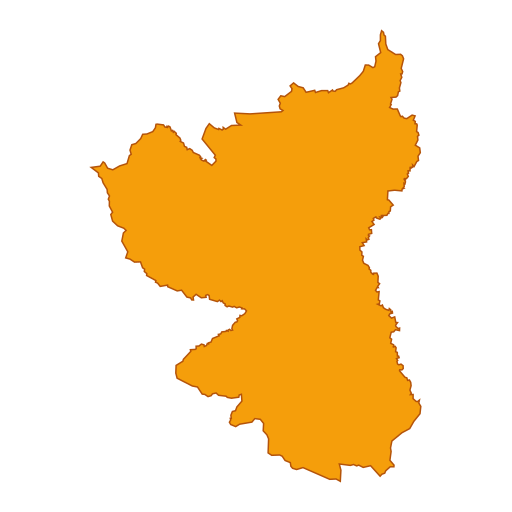 outline of Wang Chan, Rayong, Thailand
{"feature_id": "78962969B3621953586830", "entity_name": "Wang Chan", "entity_type": "district", "adm_level": 2, "iso_a3": "THA", "parent_name": "Thailand", "parent_adm1": "Rayong", "projection": "albers", "projection_center": [101.511, 12.97], "detail": "fine", "context": "isolated", "style": "filled", "palette": "amber", "viewbox_px": 512, "rotation_deg": 0, "n_neighbors": 0, "source": "geoboundaries", "source_scale": "gbopen_adm2", "svg_char_len": 6069}
<svg xmlns="http://www.w3.org/2000/svg" viewBox="0 0 512 512"><path d="M229.4,422.2L230.7,424.5L235.7,426.6L239.6,424.2L251.9,422.1L254.8,418.6L260.3,419.3L263.6,423.4L263.2,430.8L266.9,434.8L268.6,438.8L268.1,452.9L271.7,455.3L279.7,455.0L282.2,456.2L285.1,460.5L290.3,462.6L290.9,466.3L292.6,468.3L296.6,469.5L303.0,467.6L329.7,479.3L336.1,479.0L340.3,481.3L340.9,470.2L339.3,464.0L350.4,465.4L353.5,464.5L356.7,465.9L358.7,465.1L363.2,467.4L370.6,465.7L380.1,476.2L381.9,474.2L384.7,473.2L385.7,470.8L390.2,466.8L393.9,466.8L394.0,465.1L389.9,460.3L391.1,451.5L390.5,448.0L391.9,441.0L402.0,432.7L409.7,428.6L413.8,421.4L420.0,413.7L420.8,406.4L418.8,403.0L419.4,400.1L417.5,401.6L416.1,401.4L413.1,398.7L413.1,394.5L410.4,394.6L411.3,393.2L409.9,390.1L411.1,385.7L410.7,382.3L409.4,380.0L407.6,380.4L406.8,377.8L405.0,377.3L399.5,370.8L399.7,369.8L401.9,369.9L403.2,368.6L403.1,365.7L401.0,364.1L398.9,364.8L397.6,364.1L396.9,361.3L397.7,360.5L396.5,358.5L399.1,357.7L398.6,356.1L397.4,356.0L397.3,352.4L395.6,351.7L396.1,347.8L395.2,346.4L392.7,347.2L394.0,346.3L393.6,344.8L390.7,343.3L391.6,339.2L389.8,337.8L391.2,332.2L393.7,331.8L395.5,329.7L399.5,330.6L399.6,328.1L398.1,328.5L395.9,326.5L395.6,325.2L397.5,322.6L395.8,322.5L394.7,316.9L391.5,318.1L388.8,315.6L389.8,313.8L392.5,313.1L392.3,311.5L391.0,312.3L390.8,309.9L389.3,308.6L388.9,310.4L385.7,309.3L383.4,307.7L382.4,305.0L381.0,305.8L377.7,304.2L379.3,303.8L379.9,300.9L378.3,299.9L379.1,291.6L377.0,292.0L375.5,290.3L377.1,287.6L378.3,287.6L377.6,286.4L379.6,283.7L377.9,282.4L378.2,276.2L376.9,273.1L373.5,273.2L373.5,274.4L372.7,274.2L370.8,272.3L370.8,270.3L369.1,269.0L369.4,267.7L368.0,265.4L363.8,263.3L362.5,260.2L363.4,256.3L361.8,255.3L361.9,251.9L359.9,250.1L359.8,246.7L364.1,245.6L362.3,242.7L366.6,241.9L366.2,238.9L367.3,239.9L368.9,239.3L368.3,237.7L369.5,236.0L368.4,235.5L368.5,234.3L371.7,233.4L371.4,229.7L369.6,229.8L368.7,227.8L374.1,224.5L371.9,221.5L373.9,220.2L373.3,218.4L376.5,216.5L375.7,217.2L376.7,218.1L379.9,219.2L380.8,218.3L379.9,217.0L381.8,217.4L381.4,215.5L382.5,215.4L382.9,216.5L383.5,215.5L386.9,215.3L387.9,213.4L388.9,213.4L389.0,211.5L390.3,211.0L390.6,206.8L393.2,205.1L388.9,200.1L387.4,199.7L387.9,191.0L394.6,190.2L401.9,190.9L402.1,189.1L403.8,188.3L403.1,188.0L404.2,186.6L404.0,183.4L404.9,184.0L405.5,181.8L404.3,179.5L405.2,179.7L404.9,178.6L406.4,178.7L408.3,176.4L407.3,174.0L409.1,172.8L408.3,172.9L408.1,170.8L410.0,170.9L410.1,167.4L411.5,167.2L411.4,167.9L413.0,166.9L412.7,165.1L414.1,166.5L416.8,161.5L418.5,160.5L418.0,156.2L420.3,152.7L419.7,147.9L415.3,145.2L417.9,140.0L417.5,136.3L418.9,135.2L418.1,132.5L416.6,131.6L417.2,125.1L416.7,123.9L415.0,123.7L415.3,121.4L413.3,120.2L415.1,115.9L412.1,115.1L406.8,118.6L404.2,118.2L402.3,116.2L401.0,116.7L400.3,115.9L397.3,109.0L393.1,109.1L389.6,107.5L391.2,104.6L390.5,104.0L392.0,99.3L391.0,97.5L396.0,97.1L397.6,95.6L398.4,91.8L399.8,91.1L399.4,88.0L400.9,82.6L400.1,80.6L401.8,77.3L400.7,74.0L402.0,73.9L402.7,71.6L401.2,68.4L403.6,58.8L402.4,55.8L400.6,54.3L395.6,54.5L387.8,49.6L385.8,44.0L385.4,36.2L384.0,35.0L383.5,32.3L381.6,30.7L380.4,34.8L380.4,40.6L378.5,43.7L380.7,52.6L375.5,56.7L376.0,61.1L374.7,66.8L372.9,67.6L368.7,65.1L365.3,65.0L363.3,71.3L359.8,75.6L352.1,83.0L350.2,84.0L348.9,83.3L348.1,85.1L343.7,87.8L336.6,89.7L335.2,91.3L332.9,91.0L332.5,90.0L328.5,92.7L327.7,90.6L321.6,90.6L315.5,92.5L314.7,90.3L306.1,92.3L303.2,87.8L298.2,86.5L293.6,82.9L290.1,85.9L292.0,88.7L291.5,91.4L284.7,96.6L280.8,95.8L278.1,99.4L280.3,103.2L279.3,106.0L280.1,108.8L283.0,110.5L281.3,111.8L250.1,113.9L234.6,113.1L236.9,122.5L240.8,125.1L231.5,125.5L225.6,129.2L223.2,127.4L223.2,129.3L222.1,130.0L218.9,128.4L218.6,129.5L214.3,127.9L209.3,123.7L206.0,128.4L202.1,139.0L215.3,155.2L214.2,157.6L215.9,158.9L216.0,161.1L211.8,165.4L205.7,161.1L206.3,160.2L205.4,159.5L203.9,161.1L201.6,160.1L200.6,159.0L201.8,158.3L200.0,157.6L200.6,156.8L199.4,155.2L193.3,152.5L192.2,150.3L189.7,148.6L187.2,149.7L186.7,147.3L184.5,146.4L183.5,143.0L180.2,141.4L180.8,140.2L179.9,138.0L176.0,134.7L176.3,133.3L174.1,131.3L173.3,132.2L172.6,130.4L171.4,130.9L170.0,126.9L168.6,126.1L167.6,127.3L167.0,126.3L166.5,127.3L164.9,127.0L163.5,124.9L157.2,124.1L156.0,124.3L155.4,127.8L152.8,131.6L146.9,134.0L142.7,134.3L140.7,138.6L135.9,143.5L131.8,144.7L130.0,150.1L131.2,154.3L129.4,155.6L127.0,163.6L119.7,165.9L112.8,169.8L107.6,168.2L104.7,163.0L103.1,161.9L100.2,166.2L91.2,167.4L98.4,172.9L98.7,176.3L101.8,178.5L103.1,182.8L107.1,189.4L107.4,192.8L109.5,196.0L108.3,199.2L109.4,201.2L109.3,206.0L112.6,212.2L110.8,214.5L112.6,221.1L117.6,225.8L123.8,228.2L126.1,230.4L123.4,233.0L121.8,241.1L127.8,251.8L125.7,257.9L130.0,259.1L134.5,262.1L140.5,261.9L142.6,267.8L144.6,269.1L144.3,271.5L146.8,273.6L146.6,275.5L155.9,280.6L155.5,282.2L157.6,283.1L160.2,286.4L167.6,285.1L167.7,286.7L177.2,290.9L181.6,290.2L186.9,297.1L190.6,297.9L191.7,299.9L193.5,300.0L193.1,297.0L196.1,294.3L201.3,297.8L206.1,297.3L205.7,295.4L207.6,294.6L209.1,295.5L209.6,299.3L217.4,301.6L219.5,300.1L221.0,301.6L222.2,300.7L223.2,302.8L225.2,304.0L225.1,305.5L227.1,306.8L228.8,306.0L232.6,307.1L234.1,306.4L236.7,307.8L239.4,307.0L242.0,307.9L241.7,308.8L244.6,308.9L246.5,310.9L244.8,313.7L241.7,315.8L240.0,315.4L239.8,317.4L236.8,318.9L237.6,320.7L236.8,322.0L235.3,322.2L232.6,325.3L231.9,328.5L232.6,330.1L230.9,330.5L229.5,329.3L227.8,330.3L228.0,331.1L226.4,330.5L226.0,331.4L221.8,331.9L220.7,333.9L218.4,334.4L219.1,335.8L212.5,338.5L211.0,342.1L208.8,342.7L208.6,343.9L207.4,343.4L206.5,345.5L204.3,346.5L204.0,344.8L201.4,344.1L199.0,346.0L196.1,346.2L196.2,348.7L195.3,349.4L190.4,349.7L190.8,351.4L183.4,359.3L182.9,361.2L176.1,365.4L175.8,373.1L177.1,378.2L192.3,386.0L197.5,387.0L202.2,394.1L204.8,394.4L208.0,396.6L211.1,395.7L212.5,393.8L216.1,393.0L218.6,395.3L226.1,396.2L227.3,397.4L231.5,398.2L238.8,397.2L239.2,395.0L241.4,394.3L241.9,401.1L236.9,406.9L235.5,410.7L232.4,411.5L230.9,415.2L231.3,418.4L230.3,418.4L230.7,420.0L229.4,422.2Z" fill="#f59e0b" stroke="#b45309" stroke-width="1.5"/></svg>